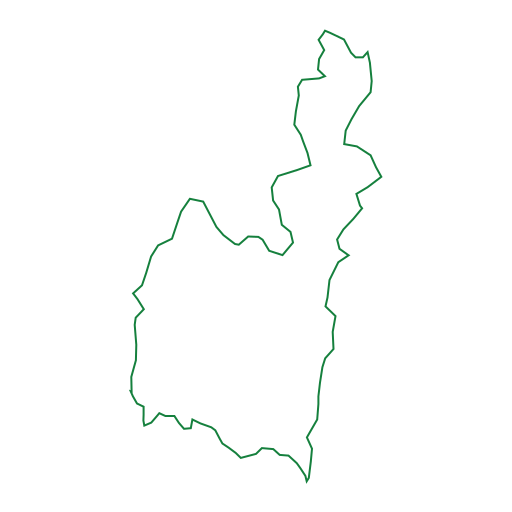 the district of Kantou, Limassol, Cyprus
{"feature_id": "46923920B71694911523843", "entity_name": "Kantou", "entity_type": "district", "adm_level": 2, "iso_a3": "CYP", "parent_name": "Cyprus", "parent_adm1": "Limassol", "projection": "natural_earth1", "projection_center": [32.905, 34.711], "detail": "fine", "context": "isolated", "style": "outline", "palette": "green", "viewbox_px": 512, "rotation_deg": 0, "n_neighbors": 0, "source": "geoboundaries", "source_scale": "gbopen_adm2", "svg_char_len": 1667}
<svg xmlns="http://www.w3.org/2000/svg" viewBox="0 0 512 512"><path d="M130.7,391.3L132.9,396.3L137.0,403.5L143.6,406.7L143.6,414.7L143.4,420.6L144.3,425.6L151.3,422.6L157.4,415.5L159.3,413.2L165.4,416.0L174.4,416.0L178.9,422.9L184.0,428.8L190.8,428.2L192.4,419.5L200.4,423.4L211.3,427.3L215.3,430.3L219.7,438.7L222.4,443.5L228.7,447.7L235.8,453.0L240.8,457.9L256.0,453.9L261.9,448.1L273.3,449.1L279.7,454.9L288.5,455.6L296.8,463.2L300.3,468.1L305.4,475.9L306.7,481.3L308.8,477.9L310.8,461.7L312.0,448.7L306.9,437.4L317.2,419.5L318.4,404.1L318.4,396.4L320.0,382.6L322.4,367.2L325.2,358.3L333.5,349.0L332.7,331.9L335.5,316.1L325.5,306.4L327.5,297.5L329.5,280.0L338.3,262.2L348.6,255.3L348.3,255.1L339.5,248.8L337.1,239.5L343.4,229.4L353.4,218.8L362.1,208.3L360.0,205.6L356.4,193.9L367.6,187.2L381.3,176.8L376.0,167.2L370.6,155.3L356.9,146.4L344.2,144.1L345.7,130.6L351.5,119.2L359.2,106.0L370.6,92.2L371.7,81.1L369.9,62.7L367.6,52.1L362.9,57.3L355.5,57.3L351.0,52.7L344.0,39.5L330.0,32.8L325.0,30.7L322.9,34.2L318.6,39.8L324.2,50.1L319.1,59.0L318.0,69.6L324.9,76.2L319.1,78.4L302.1,79.8L297.9,86.7L298.8,95.5L295.9,111.3L294.3,124.7L300.8,134.8L303.0,141.1L307.5,153.0L310.5,165.3L297.5,169.9L278.0,176.0L271.7,187.4L273.1,200.5L279.0,209.5L281.8,224.8L290.5,231.9L293.0,242.6L282.5,255.1L269.2,250.8L262.6,239.7L258.4,236.9L248.2,236.5L238.8,244.7L235.0,244.0L223.4,235.1L216.4,226.9L203.2,201.6L189.9,198.8L181.1,211.6L177.6,221.9L172.0,238.7L158.1,245.4L151.1,256.5L146.2,272.9L142.0,285.3L133.1,293.4L137.4,299.0L143.8,309.2L135.7,317.7L134.7,324.8L136.3,344.8L135.9,360.3L131.3,376.9L131.6,391.6L130.7,391.3Z" fill="none" stroke="#15803d" stroke-width="2"/></svg>